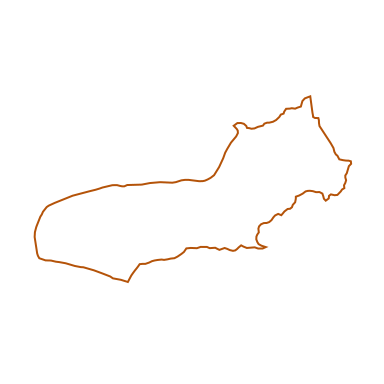 outline of Guaraci, São Paulo, Brazil, rotated 264°
{"feature_id": "56859067B7118105904945", "entity_name": "Guaraci", "entity_type": "district", "adm_level": 2, "iso_a3": "BRA", "parent_name": "Brazil", "parent_adm1": "São Paulo", "projection": "natural_earth1", "projection_center": [-49.001, -20.371], "detail": "fine", "context": "isolated", "style": "outline", "palette": "amber", "viewbox_px": 384, "rotation_deg": 264, "n_neighbors": 0, "source": "geoboundaries", "source_scale": "gbopen_adm2", "svg_char_len": 2708}
<svg xmlns="http://www.w3.org/2000/svg" viewBox="0 0 384 384"><g transform="rotate(264 192 192)"><path d="M109.2,118.8L115.3,122.9L117.6,124.9L120.0,127.1L121.9,129.0L123.6,130.6L125.7,132.4L125.7,135.2L125.4,138.1L126.3,142.0L127.4,145.0L127.8,147.6L128.0,150.6L128.0,154.7L127.4,157.1L127.6,160.7L128.0,163.8L128.0,167.6L129.3,170.9L131.5,175.0L133.2,177.7L136.5,180.5L136.5,184.9L135.6,191.0L136.5,194.9L135.8,201.1L134.3,203.7L134.2,207.2L134.1,209.3L132.9,211.1L131.6,213.2L132.9,218.6L131.7,221.2L130.3,223.5L129.2,226.6L129.4,228.9L130.6,230.9L132.0,232.6L133.8,235.3L132.3,237.5L130.6,240.7L130.5,245.0L130.4,248.6L128.9,251.8L128.4,256.3L129.5,259.6L131.3,255.5L133.2,252.8L135.3,251.8L138.2,251.0L140.9,251.4L142.9,252.5L144.8,254.2L148.6,254.2L150.8,255.1L152.7,257.3L153.6,260.2L153.4,263.0L154.0,265.6L155.7,268.1L158.3,270.3L160.0,272.2L161.2,275.4L159.6,278.4L161.0,279.9L163.0,281.9L165.1,285.3L165.1,287.8L166.4,289.8L168.7,290.9L171.0,293.5L174.3,294.5L176.5,294.8L177.3,298.2L178.8,301.9L180.7,305.0L181.0,307.2L180.9,309.3L180.2,312.3L178.9,315.3L178.6,318.8L176.8,321.5L174.2,322.1L171.5,322.5L169.4,324.1L171.3,327.3L173.9,327.9L175.1,329.9L173.9,333.5L173.9,336.3L177.0,340.0L178.8,341.5L179.9,343.9L182.8,343.9L185.0,345.4L187.6,346.5L190.3,346.0L192.4,346.2L194.5,347.9L198.1,349.4L201.3,350.7L203.4,353.2L205.9,353.2L206.8,351.1L207.1,348.6L207.9,345.4L209.1,341.9L212.9,340.4L214.3,339.0L217.1,337.8L220.9,337.3L225.9,335.1L242.1,326.8L244.2,325.7L247.2,325.5L250.1,325.7L252.3,325.4L252.8,321.9L254.0,320.3L255.9,320.3L258.1,320.1L274.8,319.6L274.2,317.3L273.3,314.0L270.9,311.3L267.9,310.1L265.6,309.2L264.9,305.8L264.1,303.3L264.9,300.0L264.7,297.9L264.9,294.3L262.3,292.1L260.4,291.3L259.7,288.4L257.5,286.7L254.8,283.2L253.4,279.9L252.9,276.2L253.1,273.9L252.4,271.1L250.6,269.5L249.9,264.4L248.7,260.8L248.7,257.7L249.5,255.7L250.0,253.4L252.0,252.9L254.4,250.7L255.5,247.9L255.8,244.3L253.5,240.4L250.0,243.1L248.3,243.9L245.8,243.8L242.6,241.7L237.0,235.9L231.1,231.5L227.6,229.1L222.4,226.6L214.0,221.6L206.4,215.7L204.1,211.9L202.8,208.8L201.9,205.9L201.7,203.6L202.0,200.2L204.4,190.0L204.8,186.3L204.7,182.7L203.5,177.0L203.3,173.4L205.1,161.4L205.3,151.1L204.6,142.8L205.7,128.3L204.7,125.2L205.0,122.9L205.6,121.0L206.7,118.1L207.1,113.5L205.8,103.4L205.1,100.5L204.3,96.3L203.5,90.4L200.8,72.9L195.5,54.3L193.4,48.1L192.2,45.9L187.9,41.7L185.4,40.3L183.3,38.6L174.9,34.2L173.3,33.4L168.5,31.6L163.7,30.8L147.1,31.6L144.7,32.1L142.1,33.2L139.3,39.2L138.6,44.5L136.9,49.4L136.2,52.5L134.3,59.0L130.7,67.7L128.9,73.6L128.5,76.1L124.4,86.2L120.6,93.9L116.5,101.9L114.4,104.3L113.4,107.7L112.1,112.1L109.2,118.8Z" fill="none" stroke="#b45309" stroke-width="2"/></g></svg>